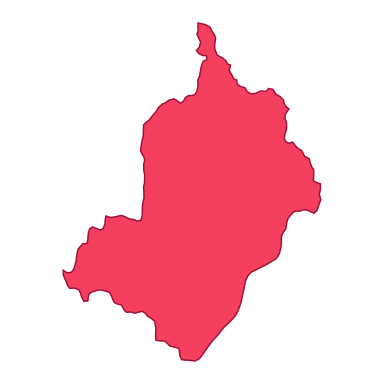 the district of Pimenta, Minas Gerais, Brazil
{"feature_id": "56859067B10371022506312", "entity_name": "Pimenta", "entity_type": "district", "adm_level": 2, "iso_a3": "BRA", "parent_name": "Brazil", "parent_adm1": "Minas Gerais", "projection": "orthographic", "projection_center": [-45.839, -20.515], "detail": "fine", "context": "isolated", "style": "filled", "palette": "rose", "viewbox_px": 384, "rotation_deg": 0, "n_neighbors": 0, "source": "geoboundaries", "source_scale": "gbopen_adm2", "svg_char_len": 3056}
<svg xmlns="http://www.w3.org/2000/svg" viewBox="0 0 384 384"><path d="M63.3,275.0L64.9,278.8L66.6,282.2L67.4,285.2L69.8,288.3L74.8,288.1L78.9,289.8L80.5,293.1L81.6,297.0L84.0,301.4L87.9,300.8L88.4,296.5L89.4,293.5L92.7,291.7L95.9,290.8L99.8,289.8L104.6,290.8L109.6,292.5L111.7,296.4L112.8,299.4L114.2,302.4L117.6,304.1L121.1,304.8L123.0,307.7L124.4,310.6L126.8,312.3L131.2,312.0L134.8,313.2L137.7,312.4L142.2,311.3L145.3,313.3L147.6,316.2L151.1,318.4L154.8,321.2L155.3,325.3L155.8,328.3L155.8,331.7L155.6,336.4L156.0,340.3L159.9,340.8L164.7,341.1L167.4,343.5L169.8,345.9L174.2,347.1L178.9,348.3L179.8,355.1L181.5,359.6L184.9,360.1L188.1,360.1L191.4,360.6L195.1,361.0L199.5,358.6L202.5,354.8L204.9,351.2L207.6,347.5L210.1,344.0L212.9,340.3L216.4,336.6L219.2,333.4L221.7,330.1L223.9,327.3L226.9,324.6L230.1,321.5L233.0,318.4L236.2,314.6L238.1,310.6L239.6,306.7L241.2,301.5L242.3,296.3L243.1,292.4L244.0,288.4L244.9,283.7L245.9,279.9L248.0,275.8L251.4,272.0L255.3,270.3L259.2,268.1L262.7,266.5L266.2,264.7L269.8,262.5L272.7,260.7L276.5,258.4L279.3,253.8L280.3,250.0L281.3,245.3L281.4,239.8L281.5,236.2L283.2,232.3L285.7,229.2L286.3,225.2L287.0,221.5L288.3,218.1L290.6,215.3L293.4,212.0L296.6,211.0L300.1,211.2L302.7,209.8L307.2,210.1L311.0,211.8L314.0,213.2L316.8,210.7L318.5,205.9L320.8,199.6L319.3,194.4L320.5,188.7L320.3,183.6L316.6,182.7L313.4,180.5L313.7,174.5L313.7,169.6L311.6,166.7L310.4,163.3L309.1,158.6L304.7,156.4L302.7,152.5L300.8,149.8L298.0,148.6L295.3,145.6L292.8,142.2L288.7,143.2L285.8,141.7L284.3,138.3L285.0,134.3L285.9,131.1L286.6,127.9L286.6,123.4L285.1,118.5L285.1,115.0L287.1,111.4L289.0,109.1L286.0,106.6L284.0,103.0L283.5,100.0L280.4,96.8L275.9,94.1L273.0,89.4L268.6,88.5L266.0,91.4L260.7,90.9L255.9,93.3L251.1,93.8L247.2,91.6L244.9,87.8L240.1,86.3L237.1,83.9L236.8,80.1L233.8,78.9L232.1,75.4L229.2,70.6L230.5,65.1L227.6,63.9L225.9,60.7L222.4,57.9L217.3,55.2L214.7,48.8L214.8,43.4L215.6,38.7L214.7,35.3L212.2,31.5L209.9,27.0L205.1,24.5L201.3,23.7L198.1,23.0L197.9,27.6L198.2,30.7L197.0,34.1L198.4,37.5L200.6,41.9L199.5,46.8L196.5,50.6L199.1,53.7L202.6,55.5L206.4,55.7L207.0,59.7L203.2,61.2L201.3,66.3L200.3,71.8L199.5,76.2L197.8,80.3L198.0,86.1L196.9,91.4L194.7,94.8L191.5,95.5L188.4,95.6L185.4,97.7L183.5,101.1L180.5,103.2L177.7,101.1L174.1,98.9L168.7,100.3L165.6,102.7L162.3,104.1L158.4,107.5L156.5,111.0L153.5,114.6L151.2,117.2L149.5,119.8L146.3,122.1L143.6,124.8L143.4,130.7L143.2,135.9L142.2,140.2L141.3,145.0L140.5,150.5L142.0,154.0L143.9,156.8L144.7,160.1L143.7,164.2L143.7,169.7L144.7,175.0L144.5,182.6L143.6,187.1L143.9,191.9L144.0,197.5L143.2,201.4L142.5,205.0L142.3,209.3L142.3,214.6L140.9,220.4L136.8,221.1L134.3,219.5L130.8,219.3L127.6,218.1L124.9,216.6L121.0,215.4L115.5,216.8L110.7,217.5L106.0,216.0L105.3,219.3L104.9,224.5L102.8,229.0L100.0,229.9L96.1,228.4L92.5,226.9L89.7,228.8L88.5,232.5L88.0,236.2L87.9,239.5L86.9,243.6L82.9,243.6L80.2,246.7L78.1,249.1L77.2,252.8L76.5,257.1L76.2,260.7L75.4,263.8L74.0,268.7L71.4,272.3L67.3,272.8L63.2,270.3L63.3,275.0Z" fill="#f43f5e" stroke="#9f1239" stroke-width="1.5"/></svg>